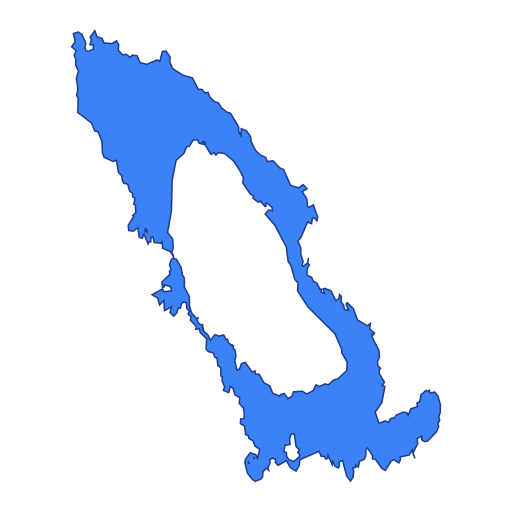 Danau Toba, Sumatera Utara, Indonesia (Equal Earth projection)
{"feature_id": "22746128B58041142516585", "entity_name": "Danau Toba", "entity_type": "district", "adm_level": 2, "iso_a3": "IDN", "parent_name": "Indonesia", "parent_adm1": "Sumatera Utara", "projection": "equal_earth", "projection_center": [98.807, 2.61], "detail": "fine", "context": "isolated", "style": "filled", "palette": "blue", "viewbox_px": 512, "rotation_deg": 0, "n_neighbors": 0, "source": "geoboundaries", "source_scale": "gbopen_adm2", "svg_char_len": 6033}
<svg xmlns="http://www.w3.org/2000/svg" viewBox="0 0 512 512"><path d="M104.1,157.3L113.0,161.5L116.4,160.3L118.5,172.6L121.6,175.5L122.6,181.1L123.8,183.3L127.7,184.1L129.6,191.1L132.5,193.4L132.7,196.9L135.1,198.2L133.7,204.1L135.4,204.9L135.7,212.7L132.8,215.5L133.8,216.3L128.2,225.3L128.7,230.5L133.3,231.2L137.8,227.6L139.3,237.3L142.1,238.3L144.0,234.2L148.1,243.9L149.0,241.9L150.8,241.9L150.9,237.6L153.0,236.9L154.2,242.5L160.7,243.2L162.0,241.8L162.7,248.4L170.3,251.5L173.2,256.1L173.6,258.3L171.6,259.1L169.5,264.5L170.9,269.5L169.4,271.3L170.0,274.2L161.8,282.1L162.6,287.3L164.4,286.8L164.3,284.9L169.4,286.3L171.0,287.4L171.4,290.8L163.7,291.7L162.6,288.9L152.1,294.7L157.6,298.0L159.6,305.0L163.9,300.4L164.4,310.7L171.5,306.8L169.9,312.4L173.8,316.2L177.1,312.3L178.1,308.1L180.3,308.2L181.5,303.9L183.3,302.1L186.3,302.6L186.7,308.6L189.6,310.9L188.0,314.0L191.1,317.0L190.2,320.0L196.6,326.7L195.8,329.3L199.2,328.7L200.4,332.7L206.7,338.8L206.0,348.9L208.2,351.5L213.3,352.9L214.8,357.3L217.1,358.3L217.8,365.7L220.8,367.7L220.9,376.0L222.4,376.8L222.0,380.8L224.6,386.9L223.3,390.4L228.7,392.7L230.2,386.2L233.0,388.4L235.1,394.9L239.7,397.7L239.2,403.2L243.4,408.0L244.2,412.8L244.1,418.6L240.6,418.9L240.4,423.6L244.6,426.2L245.6,434.6L248.5,435.8L248.8,438.4L252.9,440.7L255.0,446.2L259.7,449.2L257.5,458.2L255.8,454.6L250.2,452.8L245.4,459.3L244.8,462.6L247.5,473.3L252.3,479.3L255.2,481.3L260.8,479.2L262.6,476.9L263.0,471.5L266.7,468.2L268.6,470.2L268.0,467.6L270.0,463.0L269.9,459.6L272.3,458.2L275.7,459.4L275.3,462.4L278.2,465.4L286.4,460.6L290.3,467.5L296.0,471.1L299.1,465.7L299.9,459.7L319.1,451.3L321.1,456.3L324.5,456.4L325.6,459.0L327.6,458.4L328.0,455.2L332.2,464.7L332.7,460.6L334.6,465.8L337.0,467.4L338.5,467.9L339.4,465.8L339.2,461.9L342.6,460.3L346.5,475.6L350.5,481.1L353.1,477.1L353.7,471.2L352.7,468.4L356.0,467.1L355.6,465.1L358.4,467.0L359.5,461.3L364.0,459.5L365.8,456.0L365.9,449.6L367.4,448.0L372.3,455.1L372.6,459.1L375.2,459.0L381.7,468.2L385.3,470.5L391.3,460.9L393.7,459.7L398.9,462.9L400.5,459.7L400.1,457.0L409.1,455.0L412.2,450.0L412.3,451.7L415.0,458.4L413.1,452.9L417.8,443.4L417.0,438.7L421.8,436.2L421.7,439.7L424.3,441.6L427.5,441.1L436.4,431.9L438.7,426.4L437.9,423.3L439.7,420.6L438.8,417.1L440.3,412.2L440.4,404.6L438.0,396.2L434.7,392.0L430.2,393.2L429.4,390.3L427.5,391.6L426.2,390.3L421.2,394.6L419.5,401.8L417.0,402.9L417.4,406.7L410.9,408.7L408.2,415.3L406.8,412.7L403.3,412.1L396.1,415.3L394.4,417.9L390.6,418.5L388.6,422.3L385.1,420.9L379.0,423.4L375.2,412.1L381.8,402.7L384.9,386.5L382.3,385.6L384.4,382.2L379.2,373.5L379.2,369.8L380.5,368.4L377.7,365.3L377.6,361.2L379.4,357.4L379.0,350.5L372.2,337.4L371.9,334.2L373.5,334.9L374.5,333.0L369.6,329.0L370.4,323.4L367.4,325.8L357.6,320.0L353.4,308.8L347.2,302.6L346.1,304.3L348.5,310.2L344.5,309.5L343.5,304.8L341.1,302.1L341.4,296.5L339.6,294.5L338.7,299.0L335.7,300.5L331.1,290.9L324.7,288.3L323.2,289.0L324.4,293.6L321.1,292.1L321.6,289.2L319.9,289.1L316.9,283.1L313.3,281.2L311.6,277.3L307.0,275.1L307.1,268.9L309.4,264.9L307.7,263.1L308.5,257.8L307.7,263.0L303.3,266.3L302.1,265.2L303.1,261.5L300.8,254.2L300.8,247.9L297.9,241.0L301.1,237.1L307.5,222.1L311.6,223.7L312.3,218.5L314.1,217.7L316.9,220.7L317.7,217.4L313.3,204.9L308.7,207.4L307.5,206.2L306.8,198.8L302.2,191.7L307.1,188.7L303.1,184.6L298.7,187.9L290.6,185.4L283.6,169.6L279.8,167.9L273.0,160.8L267.2,161.5L265.9,157.7L259.3,154.3L255.3,150.0L251.1,141.6L250.7,136.8L246.5,130.8L241.2,128.7L240.9,135.5L238.7,131.1L238.7,127.0L230.5,113.2L226.8,112.1L221.4,107.8L218.6,103.0L214.4,101.5L210.0,97.3L208.0,92.3L204.9,93.0L202.2,89.5L198.1,89.1L192.5,78.0L182.7,75.1L172.7,68.6L169.8,62.2L170.2,57.2L166.1,51.1L162.5,51.3L159.8,61.3L157.1,59.9L146.9,64.3L140.2,62.7L137.0,55.7L132.3,55.1L129.9,57.3L126.5,54.4L122.4,54.7L118.3,50.1L118.7,44.6L116.5,40.8L112.1,43.6L103.9,42.9L102.2,38.5L97.0,36.7L94.8,30.7L90.2,37.1L91.3,40.2L90.0,44.8L93.3,44.8L93.5,49.1L88.1,51.4L85.8,50.5L84.9,47.2L85.9,43.4L81.9,34.4L78.2,32.0L73.4,33.5L75.2,41.8L71.6,46.7L76.2,50.8L74.1,55.3L75.8,59.2L75.7,65.3L78.5,71.2L76.4,77.9L77.9,89.6L76.6,95.3L78.2,98.3L77.8,112.5L91.5,123.0L94.8,131.0L98.1,131.6L101.9,141.4L102.4,152.7L104.1,157.3ZM167.6,232.5L171.4,211.0L172.2,179.8L176.1,160.4L183.9,153.3L186.8,146.6L189.4,146.1L193.1,140.1L197.6,139.8L199.1,143.3L205.0,144.7L211.0,154.5L214.0,152.7L215.8,155.0L218.3,152.7L224.5,153.4L233.5,160.9L239.0,169.2L243.4,177.4L242.8,183.0L250.2,193.9L253.5,196.0L252.9,198.2L258.3,202.2L260.2,201.0L265.1,206.6L266.2,206.0L265.5,203.6L267.0,203.2L272.1,207.5L272.4,210.7L268.5,210.0L265.2,214.1L274.9,225.3L286.3,246.9L288.1,261.4L291.0,265.9L294.8,279.3L298.0,283.0L297.6,291.0L308.1,307.1L335.0,333.8L341.7,349.5L341.7,352.8L347.2,362.2L346.7,370.6L337.9,378.8L333.4,380.1L328.4,384.8L325.0,383.9L319.4,386.5L316.1,384.9L313.2,390.5L306.9,394.0L302.3,391.2L293.5,391.8L292.0,396.2L287.8,398.7L284.2,393.5L280.3,394.6L279.9,396.3L272.7,393.2L269.8,385.9L263.9,382.7L259.1,374.2L255.7,374.3L254.9,370.9L252.5,371.9L251.0,370.5L245.2,362.3L241.4,363.7L239.5,369.0L236.8,369.9L234.8,360.6L235.9,355.5L234.9,349.7L233.0,348.5L233.5,346.0L231.8,345.3L232.3,344.9L232.6,344.2L231.8,345.3L228.5,342.8L227.4,339.1L226.2,339.7L223.6,334.9L219.1,336.1L214.8,334.7L210.4,340.4L207.8,334.6L203.8,331.5L203.2,328.1L202.5,328.9L202.6,324.5L200.9,325.2L198.0,322.4L196.9,319.1L197.9,318.5L198.1,317.2L196.9,319.1L191.6,312.9L189.5,306.0L189.4,296.7L184.4,287.1L184.4,278.2L182.6,275.3L181.1,267.4L176.4,259.3L174.0,258.6L173.0,254.8L171.7,252.4L173.2,247.7L172.7,239.2L167.6,232.5ZM289.6,438.7L291.2,434.0L294.1,433.7L296.2,446.7L299.4,449.9L297.7,452.6L299.6,454.2L299.3,456.9L293.5,461.6L288.7,459.6L286.5,455.8L286.5,452.8L283.9,451.2L285.0,445.4L290.0,444.4L289.6,438.7ZM145.4,228.6L147.4,230.8L147.2,232.1L145.1,231.5L145.4,228.6ZM249.5,463.9L248.2,462.9L248.6,462.1L249.5,463.9ZM202.7,142.2L204.2,141.5L205.1,142.9L202.7,142.2ZM253.8,456.7L254.1,458.3L253.8,458.4L253.8,456.7Z" fill="#3b82f6" stroke="#1e3a8a" stroke-width="1.5"/></svg>